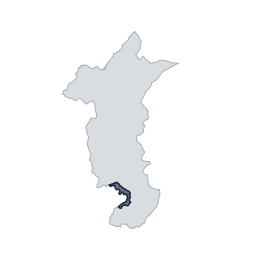 Pakistan, with Azad Kashmir highlighted, rotated 134°
{"feature_id": "PAK-1109", "entity_name": "Azad Kashmir", "entity_type": "Centrally Administered Area", "adm_level": 1, "iso_a3": "PAK", "parent_name": "Pakistan", "parent_adm1": "", "projection": "mercator", "projection_center": [73.919, 33.973], "detail": "fine", "context": "in_parent", "style": "filled", "palette": "slate", "viewbox_px": 256, "rotation_deg": 134, "n_neighbors": 0, "source": "natural_earth", "source_scale": "10m", "svg_char_len": 6337}
<svg xmlns="http://www.w3.org/2000/svg" viewBox="0 0 256 256"><g transform="rotate(134 128 128)"><path d="M206.7,67.4L209.5,74.2L209.0,75.7L206.8,76.8L206.0,78.2L204.9,78.8L203.6,78.6L200.7,79.7L199.4,79.6L196.0,81.7L193.5,81.3L190.8,80.0L188.4,79.9L181.9,78.5L178.4,79.8L176.8,83.2L176.9,83.8L178.1,84.3L178.6,84.9L178.6,85.5L177.9,86.9L178.3,87.6L181.3,87.9L181.4,88.4L181.0,89.2L178.8,90.4L178.6,91.2L178.9,92.2L180.3,93.8L180.0,95.2L178.8,96.9L178.9,97.6L180.1,98.9L181.9,100.0L182.2,101.5L181.9,102.1L182.4,102.6L185.5,102.8L185.3,104.5L185.7,105.9L186.8,106.3L188.8,106.3L191.2,107.4L192.3,108.5L192.2,109.2L191.5,110.1L186.3,112.4L184.4,113.9L184.0,115.2L184.8,118.1L184.0,121.4L184.3,122.0L185.0,122.3L185.2,123.2L182.7,124.8L182.3,124.8L178.9,129.2L177.8,130.2L177.7,131.2L178.2,132.7L176.9,134.2L172.6,136.0L171.1,140.5L167.8,146.5L162.2,149.7L161.7,150.3L160.0,154.3L158.2,156.2L157.4,158.7L154.1,159.7L150.5,160.2L147.4,161.5L146.6,161.6L145.6,160.9L144.9,159.0L143.5,158.0L142.7,158.0L140.1,160.0L137.6,164.2L133.9,168.2L133.3,171.8L133.6,172.5L135.9,173.8L139.2,174.3L140.1,175.2L139.9,178.4L139.4,180.0L139.6,181.8L141.3,184.1L143.1,184.4L144.3,184.1L145.1,184.6L145.2,187.3L147.4,191.3L149.1,195.4L148.4,196.2L148.4,196.7L148.4,197.7L149.1,198.3L149.1,198.6L147.5,199.2L146.7,200.1L145.8,200.4L144.4,200.0L144.1,198.4L143.5,198.5L139.6,199.9L138.8,200.9L136.6,201.2L135.7,201.1L134.2,200.0L127.5,199.8L126.8,200.1L126.3,199.6L125.8,200.1L125.8,203.4L123.4,203.4L121.3,203.8L120.1,204.6L119.6,205.7L118.9,204.7L118.0,204.9L117.1,204.1L116.7,204.9L115.1,205.1L114.9,203.9L114.1,204.3L113.5,203.7L113.2,202.8L112.1,202.0L111.5,201.1L111.3,199.0L110.1,194.7L109.4,194.3L105.4,193.5L105.2,192.8L105.4,189.5L104.1,187.8L103.7,186.6L102.7,185.6L101.6,185.3L100.6,185.4L99.7,186.5L102.0,186.3L103.1,187.0L100.7,186.8L97.2,187.3L95.1,188.0L92.4,187.8L88.9,188.5L86.1,188.6L84.9,189.9L83.7,189.4L79.8,188.3L78.8,187.5L77.6,188.2L75.4,187.7L73.8,188.1L73.2,188.7L73.1,189.6L69.9,189.2L68.3,189.5L64.8,189.0L63.9,189.2L61.3,190.5L60.1,189.5L59.0,190.3L57.2,190.5L55.6,190.4L53.8,189.9L54.3,188.8L54.7,183.6L55.7,182.6L56.2,179.0L56.5,178.3L59.0,177.3L59.4,176.7L60.5,176.8L61.3,175.3L62.5,174.5L66.0,173.6L69.8,173.5L70.1,171.4L70.7,171.0L70.6,168.7L71.3,168.2L71.2,167.9L70.8,167.2L69.9,166.7L67.3,167.1L65.8,166.8L65.8,165.6L66.3,164.0L65.6,158.2L65.8,155.5L63.8,155.6L61.7,153.5L57.0,152.0L54.3,149.2L51.5,143.8L51.3,142.5L46.5,136.9L62.9,142.1L73.9,141.1L79.2,142.3L80.0,141.5L82.2,140.5L89.3,140.4L100.7,136.8L101.5,135.6L100.9,134.7L100.8,134.0L101.4,131.5L101.3,128.2L101.9,125.9L102.4,124.6L104.4,123.3L105.7,121.3L106.7,120.5L107.7,120.0L108.7,120.0L109.6,120.7L111.3,121.0L113.0,120.8L115.8,119.5L115.8,119.1L114.4,118.2L114.2,117.6L114.7,117.2L115.9,117.1L118.7,115.6L120.1,114.1L122.9,114.7L124.5,114.1L126.4,116.0L127.2,116.1L129.4,114.9L131.4,112.5L131.0,106.6L132.6,103.7L132.6,102.7L133.1,101.9L133.6,99.6L134.3,99.1L135.6,98.7L137.8,98.5L141.2,96.4L141.5,95.4L140.0,92.4L137.3,89.0L137.5,87.7L138.5,87.2L141.9,88.3L145.2,88.4L149.2,87.2L149.6,86.3L149.6,83.3L148.3,81.3L149.3,80.5L151.6,77.2L153.2,76.0L154.9,73.3L154.1,72.0L154.7,70.6L154.4,68.8L153.9,68.2L153.0,65.3L152.1,64.0L150.5,62.7L151.0,61.7L154.9,57.8L156.4,57.8L156.9,57.2L159.7,55.3L160.3,54.5L165.0,52.9L170.0,52.4L176.5,52.1L179.2,52.9L184.9,50.3L185.8,50.3L187.8,51.3L189.4,50.9L190.4,51.0L192.4,51.8L193.2,54.0L193.5,54.2L194.7,53.7L195.6,54.0L197.8,55.7L198.7,58.5L198.6,61.1L198.0,62.1L198.1,62.6L199.7,63.4L200.4,65.3L201.5,65.6L204.5,64.6L204.6,66.0L206.7,67.4Z" fill="#d9dde1" stroke="#a8b0b8" stroke-width="1"/><path d="M191.2,80.0L191.0,79.9L190.7,79.9L190.0,80.1L189.1,80.1L185.5,79.4L183.0,78.5L182.3,78.4L181.7,78.4L181.1,78.7L180.3,79.2L180.1,79.4L178.5,79.6L178.3,79.7L178.0,80.0L178.1,80.6L178.1,80.9L177.9,81.2L177.5,81.5L177.3,81.8L177.3,82.2L177.2,82.4L177.1,82.5L176.9,82.6L176.6,83.0L176.6,83.3L176.7,83.6L176.9,83.8L177.1,84.0L177.4,84.1L177.6,84.1L177.9,84.1L178.2,84.1L178.4,84.3L178.6,84.9L178.7,85.1L178.8,85.4L178.8,85.6L178.6,85.8L178.0,86.1L177.8,86.4L177.7,86.8L177.8,87.1L178.0,87.4L178.3,87.7L178.6,87.7L179.3,87.6L179.5,87.6L180.0,87.8L180.4,87.7L180.8,87.6L181.1,87.6L181.5,87.9L181.6,88.2L181.5,88.6L181.2,89.0L181.0,89.3L180.6,89.5L180.3,89.7L179.2,89.9L179.0,90.1L178.6,90.7L178.5,90.9L178.5,91.0L178.4,91.5L178.5,91.7L178.5,91.9L178.6,92.0L179.1,92.5L179.7,92.8L180.3,93.2L180.4,93.9L180.2,94.8L179.9,95.7L179.8,95.9L179.7,96.1L179.4,96.3L179.0,96.5L178.9,96.6L178.8,96.8L178.7,97.3L178.9,97.7L179.1,98.0L179.5,98.3L179.8,98.6L180.4,99.4L180.8,99.6L181.7,99.7L182.0,99.9L182.1,100.2L182.1,100.8L182.2,101.4L182.2,101.7L182.1,101.9L182.0,102.0L178.7,100.2L178.4,99.8L178.3,99.7L178.1,99.5L177.9,99.5L177.6,99.5L177.4,99.5L177.1,99.7L176.9,99.7L176.7,99.6L176.5,99.3L176.1,99.1L175.5,98.8L175.2,98.6L175.0,98.4L175.3,98.1L175.3,97.9L175.4,97.6L175.2,97.4L175.0,97.2L174.9,97.1L174.7,97.1L174.8,96.9L174.8,96.7L174.8,96.4L174.7,96.2L174.8,96.1L174.8,95.8L174.8,95.7L174.7,95.6L174.6,95.4L174.6,95.2L174.8,94.9L174.9,94.5L175.0,94.5L175.1,94.4L175.1,94.2L175.0,93.7L175.2,93.3L175.1,93.2L175.1,92.9L175.0,92.7L174.9,92.6L174.6,92.3L174.5,92.2L174.6,91.9L174.8,91.5L174.8,91.3L174.8,91.1L174.8,90.9L174.7,90.7L174.5,90.2L174.6,89.3L174.6,88.9L174.0,87.7L173.9,87.0L173.7,86.2L173.7,85.6L173.7,85.4L173.5,84.5L173.4,84.4L173.4,84.2L172.9,83.5L172.8,83.2L173.0,83.0L173.0,82.8L173.1,82.6L173.1,82.1L173.2,81.9L173.2,81.5L173.2,81.4L173.3,81.3L173.3,81.2L173.3,80.9L173.8,80.8L174.1,80.8L174.3,80.7L174.5,80.7L174.8,80.6L174.9,80.8L175.0,80.9L175.2,80.7L175.4,80.1L175.4,79.9L175.3,79.7L175.6,79.1L175.8,78.7L176.0,78.4L176.2,78.2L176.3,78.2L176.6,78.1L176.8,78.1L177.0,77.9L177.7,77.9L177.9,77.7L178.0,77.7L178.2,77.4L178.3,77.4L178.5,77.2L178.8,77.1L179.0,77.1L179.1,76.7L179.3,76.5L179.4,76.4L179.5,76.3L179.5,76.2L179.5,75.9L179.6,75.7L179.8,75.5L179.9,75.4L179.7,75.2L179.5,74.9L179.6,74.7L179.8,74.4L180.1,74.4L180.6,74.4L181.5,74.5L182.4,74.4L183.0,74.2L183.5,74.1L183.8,74.1L184.1,74.3L184.4,74.6L184.6,75.0L185.0,75.9L185.2,76.3L185.5,76.6L186.9,77.4L187.5,77.7L188.2,77.9L188.6,77.9L188.9,77.8L189.2,77.7L189.6,77.7L189.8,77.6L190.1,77.2L190.3,77.2L190.5,77.3L191.0,77.8L191.2,78.1L191.4,78.5L191.5,78.9L191.4,79.3L191.2,79.9L191.2,80.0L191.2,80.0Z" fill="#64748b" stroke="#1e293b" stroke-width="1.5"/></g></svg>